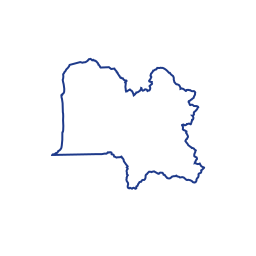 outline of Chiclayo, Lambayeque, Peru, rotated 46°
{"feature_id": "86281439B7276941823371", "entity_name": "Chiclayo", "entity_type": "district", "adm_level": 2, "iso_a3": "PER", "parent_name": "Peru", "parent_adm1": "Lambayeque", "projection": "mercator", "projection_center": [-79.536, -6.829], "detail": "fine", "context": "isolated", "style": "outline", "palette": "blue", "viewbox_px": 256, "rotation_deg": 46, "n_neighbors": 0, "source": "geoboundaries", "source_scale": "gbopen_adm2", "svg_char_len": 5794}
<svg xmlns="http://www.w3.org/2000/svg" viewBox="0 0 256 256"><g transform="rotate(46 128 128)"><path d="M170.8,169.5L172.2,169.1L172.4,168.1L174.4,167.3L174.5,167.2L174.4,166.6L174.9,165.5L175.2,165.3L176.5,165.0L176.9,164.8L177.1,164.1L177.1,163.9L176.3,163.2L175.9,162.6L175.9,162.4L176.1,162.0L176.2,161.4L175.3,159.3L175.2,158.3L174.9,157.3L175.7,156.0L175.8,155.8L175.4,154.8L175.4,154.0L175.6,153.5L176.6,152.4L176.6,151.5L176.3,150.6L175.9,149.9L174.3,148.2L174.1,147.2L174.3,146.5L174.1,145.2L174.1,143.2L175.4,142.0L176.1,141.7L176.4,140.8L177.3,139.4L182.0,138.0L182.4,137.4L182.2,136.6L182.5,135.8L184.2,134.3L185.4,134.5L186.4,134.9L187.1,134.3L187.7,134.2L188.8,134.5L190.1,134.5L190.5,134.4L191.1,134.6L192.1,134.1L192.7,133.6L193.3,132.9L193.6,131.3L193.5,130.3L194.0,129.4L194.1,129.0L195.5,127.4L195.8,126.3L196.1,126.2L196.9,126.3L198.6,125.2L199.7,125.0L201.0,123.1L202.3,122.3L205.9,122.0L206.6,121.5L207.0,120.7L209.0,119.4L210.7,118.9L212.1,118.9L212.6,118.6L213.3,118.2L213.6,117.3L213.9,117.1L213.7,116.0L213.4,115.3L212.6,114.5L212.4,113.9L212.2,113.3L212.2,111.8L211.4,110.4L210.3,109.5L210.1,109.0L210.1,108.5L210.5,107.6L210.8,106.5L210.3,105.5L209.3,104.8L209.5,103.9L209.5,101.1L209.3,100.8L208.8,100.9L208.0,101.4L206.5,101.8L205.5,101.7L203.4,101.1L203.1,102.0L202.3,103.0L200.7,103.8L200.0,103.8L199.7,104.3L199.5,103.8L199.2,103.7L199.3,103.4L199.1,102.9L198.4,101.7L198.3,100.1L198.1,99.8L196.9,99.1L194.7,99.9L194.4,99.9L193.5,99.2L192.8,98.3L192.4,97.4L192.3,96.8L191.7,96.0L191.2,94.8L189.8,95.1L188.6,94.9L187.0,95.5L186.7,96.0L185.3,96.0L184.9,96.2L183.8,96.3L182.3,96.6L180.4,96.1L179.4,96.1L177.3,95.8L177.0,95.3L176.6,94.0L176.8,93.4L176.8,93.0L176.5,92.6L176.2,91.3L175.6,90.6L173.2,89.8L171.8,89.6L171.5,88.6L171.0,88.3L169.6,88.8L169.1,88.8L168.2,89.4L167.1,89.5L165.8,88.1L165.0,87.5L163.5,87.2L163.4,87.1L163.9,85.8L164.6,85.5L165.3,85.4L165.9,84.7L166.2,83.7L166.0,82.9L166.5,82.5L166.7,81.9L167.2,81.0L168.8,80.4L168.9,80.2L167.9,78.2L167.4,77.6L167.3,77.0L166.6,76.2L167.0,75.6L166.9,75.1L166.4,74.2L166.0,73.8L165.2,73.4L164.3,73.2L163.7,73.2L164.3,72.5L164.3,72.1L163.9,70.9L162.9,70.3L162.4,69.0L162.6,68.5L162.7,67.5L162.5,66.9L162.6,66.2L162.4,65.0L161.8,63.8L161.9,63.1L161.5,62.9L160.8,63.0L159.8,63.5L158.0,65.3L156.7,65.4L155.9,65.6L155.3,66.2L154.9,67.2L154.6,67.4L153.7,67.2L152.9,66.7L151.5,66.4L151.3,66.0L151.1,66.0L150.9,65.6L151.4,64.3L151.4,63.1L151.7,62.3L151.6,61.6L151.9,59.8L151.1,58.5L150.9,57.5L150.3,56.3L149.8,55.9L149.2,55.0L148.4,54.8L147.4,54.9L147.1,55.1L146.5,55.9L145.6,56.6L145.1,56.8L144.1,56.9L143.6,57.5L142.8,57.8L142.6,58.2L142.0,58.6L141.4,59.4L141.7,60.3L141.5,60.7L139.3,60.9L138.0,61.2L137.7,61.5L136.9,61.8L136.3,63.1L135.5,62.3L134.0,61.8L132.9,61.5L132.4,61.6L131.0,62.1L130.2,62.8L129.5,62.9L127.0,62.7L126.5,62.3L125.0,61.5L123.8,60.3L122.6,59.7L121.7,59.5L120.9,59.7L118.9,59.9L117.7,59.6L117.3,59.6L116.7,60.2L114.5,60.1L112.7,60.2L110.6,60.6L110.0,60.9L109.7,60.9L108.6,61.5L107.9,62.3L107.2,62.8L106.8,63.6L105.1,65.2L105.5,66.9L105.1,67.4L105.1,67.7L104.7,68.4L104.6,69.6L104.5,70.1L104.3,70.2L104.6,70.8L104.7,71.7L104.9,72.2L104.9,73.6L105.9,75.4L106.5,75.7L107.0,75.5L107.6,75.9L108.5,78.4L108.6,79.8L108.8,80.1L109.3,80.3L109.9,80.1L110.4,79.8L110.9,79.3L111.5,78.9L112.1,79.7L112.9,80.0L113.0,80.3L112.8,81.9L112.8,83.4L113.1,83.6L114.0,83.7L115.1,84.6L115.6,85.6L115.8,86.5L115.3,87.0L115.0,88.3L114.7,88.3L114.2,88.0L113.5,87.9L112.3,88.6L112.0,89.0L112.0,90.0L111.5,91.4L110.2,91.6L109.2,90.9L108.6,90.6L108.4,90.7L108.9,91.2L108.9,91.6L109.1,92.0L109.5,93.6L109.0,96.3L108.2,97.3L108.5,97.9L108.4,98.8L108.6,99.4L108.6,100.6L108.5,101.2L107.3,100.5L105.1,99.7L103.8,99.5L102.6,99.9L101.6,99.9L100.9,102.9L100.9,103.4L100.4,104.0L100.0,103.6L99.1,103.3L98.6,102.7L97.1,101.7L96.4,101.1L94.3,98.5L93.8,98.2L93.4,98.5L93.1,98.4L93.3,96.7L93.2,96.4L92.9,96.2L92.7,96.2L92.3,96.5L91.9,97.0L91.0,97.4L89.8,97.5L88.7,97.2L88.1,97.8L87.4,98.1L87.2,97.9L86.9,98.0L86.6,98.5L84.6,98.1L84.4,97.9L84.1,98.0L82.0,97.6L80.9,97.1L80.6,97.1L80.5,97.3L80.0,97.1L79.5,97.2L79.2,96.9L76.8,96.8L75.8,96.5L73.9,99.1L71.0,99.5L65.5,105.7L64.9,105.7L64.3,105.4L62.2,105.1L61.8,105.3L60.9,104.7L60.3,104.6L60.0,104.7L58.2,104.5L57.9,104.7L57.0,104.7L56.5,105.2L55.7,105.4L55.7,105.6L55.3,105.8L54.8,105.8L54.8,106.2L54.5,106.7L52.3,106.9L52.0,107.3L51.8,107.9L51.4,108.2L51.4,109.0L51.6,110.5L51.2,112.5L50.9,113.2L50.0,114.3L49.4,115.4L47.4,116.6L42.1,126.1L42.2,126.7L42.7,127.5L43.0,129.8L43.0,131.7L43.7,133.9L43.6,134.6L43.7,135.1L44.1,136.0L44.3,137.3L46.2,138.9L47.5,140.5L48.0,141.5L49.8,142.7L51.5,143.7L52.4,144.3L55.5,146.6L56.7,147.8L57.6,148.8L58.1,149.8L58.2,150.7L58.0,151.4L58.3,151.8L58.5,152.2L58.5,152.4L58.1,152.8L58.1,153.1L60.1,154.7L61.1,155.2L64.7,157.8L71.4,163.9L72.6,164.7L74.6,166.5L77.3,169.3L81.6,173.1L84.5,176.1L85.4,177.3L85.6,177.8L85.5,178.1L85.7,178.4L90.8,183.4L94.5,187.7L95.7,189.3L96.3,190.4L96.3,190.9L96.5,191.7L96.5,193.1L96.1,194.0L96.5,195.1L96.6,196.0L95.9,197.5L95.9,198.6L95.5,199.5L94.8,200.3L94.8,200.7L94.7,201.0L94.8,201.2L123.9,169.9L128.6,165.0L130.4,162.3L131.0,161.9L131.5,161.3L131.6,160.8L131.5,159.4L131.9,159.0L132.4,158.9L132.9,157.7L134.1,157.0L134.6,157.2L135.4,158.0L135.6,158.0L136.5,157.3L137.2,157.0L139.0,157.8L139.9,157.2L141.1,156.9L141.3,156.8L141.8,155.9L143.4,154.1L144.0,152.6L144.7,152.7L145.0,153.0L145.6,152.8L146.1,153.0L146.5,152.9L147.6,153.1L149.1,154.1L152.9,154.7L155.4,154.9L155.5,155.0L155.5,156.3L156.3,156.4L156.9,156.4L157.1,156.5L157.3,157.0L157.3,157.7L157.9,158.9L159.5,159.9L160.3,160.8L160.7,160.9L161.3,160.8L161.8,160.9L162.0,162.2L162.4,162.6L162.8,163.6L163.3,163.9L164.0,165.0L165.2,165.7L167.6,166.2L168.7,167.1L169.3,168.2L170.0,169.0L170.8,169.5Z" fill="none" stroke="#1e3a8a" stroke-width="2"/></g></svg>